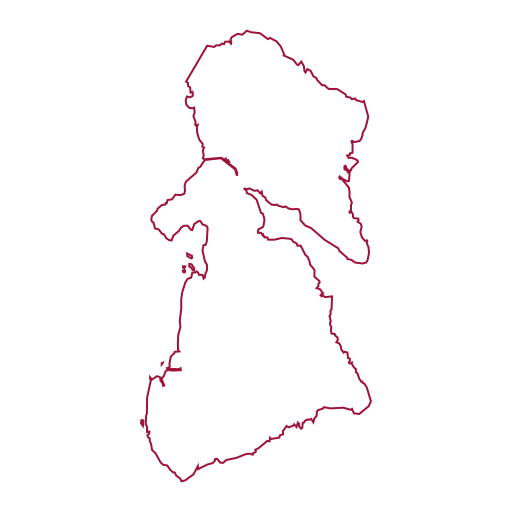 outline of Tol, Chuuk, Federated States of Micronesia
{"feature_id": "79324940B54997452530027", "entity_name": "Tol", "entity_type": "district", "adm_level": 2, "iso_a3": "FSM", "parent_name": "Federated States of Micronesia", "parent_adm1": "Chuuk", "projection": "natural_earth1", "projection_center": [151.62, 7.349], "detail": "fine", "context": "isolated", "style": "outline", "palette": "rose", "viewbox_px": 512, "rotation_deg": 0, "n_neighbors": 0, "source": "geoboundaries", "source_scale": "gbopen_adm2", "svg_char_len": 6080}
<svg xmlns="http://www.w3.org/2000/svg" viewBox="0 0 512 512"><path d="M186.1,81.6L188.0,83.1L188.1,86.0L190.1,87.4L190.6,92.6L192.5,91.9L192.9,94.8L192.4,96.1L189.9,97.3L187.0,96.5L185.8,100.0L185.9,102.4L186.6,105.1L189.4,107.9L192.8,108.3L194.1,107.6L194.7,112.4L193.4,116.3L195.7,122.1L195.2,124.8L195.8,125.5L197.7,124.8L196.9,127.3L197.1,132.4L199.3,139.7L202.7,143.9L202.4,146.8L204.1,147.6L202.9,150.2L203.7,156.0L202.8,158.2L204.5,159.3L221.3,157.8L224.3,159.6L225.7,158.5L226.1,160.7L228.1,160.0L229.1,161.8L228.2,161.8L228.6,163.5L235.5,168.5L237.2,172.8L237.0,175.8L235.1,169.3L220.9,158.2L204.8,160.0L200.1,167.0L198.3,167.9L196.5,172.5L185.9,181.6L184.6,185.8L185.0,191.1L184.3,193.7L180.7,195.1L175.3,194.7L172.1,199.3L167.5,200.1L166.7,203.3L165.9,203.1L165.1,204.7L162.0,204.9L157.5,208.8L157.0,210.8L152.0,215.8L151.3,219.3L151.7,221.3L153.6,222.8L155.0,228.4L158.6,229.3L162.1,233.8L164.0,234.3L166.4,238.3L169.1,240.1L171.6,240.5L173.4,235.6L179.0,230.8L180.8,227.8L183.9,225.8L187.6,225.7L191.0,229.9L192.2,230.0L194.3,224.0L198.8,221.0L200.6,221.2L202.4,224.4L206.4,225.8L207.6,227.9L206.8,241.3L205.6,244.9L203.5,245.2L202.5,250.3L204.9,261.3L206.9,264.6L207.0,270.0L205.2,274.4L204.9,277.4L203.6,278.6L202.6,274.9L199.0,274.9L198.2,272.7L196.6,271.4L195.2,272.5L192.3,272.6L191.2,277.6L187.8,278.8L185.4,282.2L182.2,292.4L181.2,299.7L181.3,308.6L179.8,320.2L180.4,327.0L178.3,334.8L177.9,342.6L178.0,349.6L179.3,351.4L174.8,351.8L174.3,353.2L170.8,356.6L169.4,364.0L169.8,366.5L168.5,367.8L169.1,368.7L172.3,368.9L179.1,369.2L180.5,368.3L180.8,370.2L171.6,370.6L168.7,369.9L165.8,370.9L163.7,376.2L161.5,378.8L164.3,385.5L163.2,385.9L162.3,382.7L160.5,380.8L160.2,377.4L159.5,376.9L156.9,376.2L151.6,379.8L150.7,381.0L147.1,397.6L146.9,413.5L146.2,415.2L145.7,424.5L147.1,426.6L147.0,431.9L149.4,431.6L149.2,433.6L147.4,435.1L148.0,437.1L149.7,438.3L149.8,440.9L151.1,444.1L152.0,449.8L155.6,453.4L160.7,462.5L163.2,464.8L167.3,465.5L170.1,469.7L173.2,472.4L174.8,472.5L176.2,475.6L180.2,478.5L181.5,481.3L185.2,480.4L193.5,474.3L197.9,466.1L198.1,469.1L207.4,464.5L212.7,463.1L215.0,460.6L214.8,459.4L216.0,458.8L217.2,458.9L220.3,462.7L223.3,462.8L226.2,460.0L235.9,458.0L246.2,454.0L250.0,453.7L252.7,454.7L253.2,453.0L255.5,452.2L255.9,451.2L255.3,449.8L259.0,447.9L267.2,440.9L269.6,441.3L270.0,437.9L270.9,439.0L279.3,437.6L279.8,435.4L283.0,434.3L282.9,431.1L286.6,426.0L288.4,427.3L293.1,425.8L294.2,424.3L296.5,427.0L297.9,422.6L299.1,424.0L299.1,426.3L301.1,428.7L302.3,427.7L302.7,422.8L304.1,422.5L304.9,420.8L307.7,419.4L308.9,419.9L311.1,418.9L313.3,422.3L314.4,418.3L316.6,415.9L316.9,411.7L318.1,410.1L322.7,408.7L323.9,407.2L330.4,408.4L343.3,407.7L350.8,409.8L352.0,408.9L353.9,413.3L359.2,414.0L368.8,406.1L370.9,401.2L366.8,387.5L364.5,383.8L362.7,382.9L362.4,381.6L361.2,381.7L359.3,378.7L357.4,373.2L356.0,372.3L355.8,368.9L354.1,367.6L351.6,363.5L351.8,362.6L349.5,363.5L348.9,362.3L349.9,360.3L349.8,358.5L348.0,358.0L347.4,352.5L344.3,351.7L343.7,352.6L341.3,349.6L340.7,346.0L339.2,343.4L336.4,342.3L337.9,339.7L337.5,337.5L335.1,335.5L334.8,334.0L331.6,333.6L330.8,330.2L331.4,327.2L330.2,325.0L330.0,322.7L330.8,321.4L329.5,315.9L330.6,314.5L330.5,310.6L331.6,309.1L332.0,296.4L325.3,297.1L323.4,296.0L321.8,296.2L322.4,294.7L321.2,295.6L320.6,295.1L322.8,293.1L320.2,289.4L316.6,288.1L318.4,286.1L318.4,283.8L319.7,282.4L319.2,280.8L314.4,276.7L314.5,269.8L309.9,264.3L309.7,261.8L307.6,256.8L305.5,255.1L300.6,245.6L297.4,245.7L296.9,243.7L292.8,241.4L292.0,239.6L289.6,238.7L281.6,238.0L274.6,239.7L268.1,239.7L267.4,237.4L264.5,237.4L263.9,235.9L262.9,235.8L262.9,234.1L261.9,234.2L261.1,232.8L258.0,232.8L258.2,229.5L262.8,227.1L263.5,225.8L264.5,219.4L262.8,213.6L261.0,212.9L256.7,199.9L251.7,195.0L246.9,193.1L246.4,190.5L243.7,188.4L247.2,189.2L249.2,188.4L254.5,190.8L257.7,190.4L260.2,193.3L261.7,191.6L262.5,195.8L265.4,197.6L266.0,200.0L271.3,204.5L275.4,205.1L276.8,204.5L278.8,205.9L283.7,207.2L285.4,206.4L288.6,208.5L292.3,209.3L297.3,208.9L299.0,209.5L300.5,214.6L300.5,220.2L305.2,225.5L311.0,228.0L324.6,239.8L338.2,248.3L339.6,251.2L346.9,257.4L347.5,259.1L351.3,259.8L355.0,262.5L362.7,263.5L366.2,262.5L367.4,260.7L369.0,253.3L368.6,247.6L366.7,242.9L367.4,241.2L366.8,240.3L365.1,240.9L362.1,237.7L360.3,232.0L361.7,226.6L360.7,223.7L357.6,221.7L358.6,220.3L358.3,218.6L353.9,218.2L352.9,216.7L353.0,214.6L351.8,212.3L349.6,212.6L349.5,211.5L351.0,210.6L351.0,204.8L351.9,202.8L349.4,196.6L349.6,191.8L348.8,187.5L342.0,179.2L340.1,179.0L339.2,177.5L339.7,176.5L342.8,179.1L347.6,181.4L349.0,180.8L349.7,172.3L347.8,172.4L347.6,170.7L344.5,169.3L344.4,166.4L345.2,165.7L345.9,166.2L346.6,168.6L349.9,171.2L351.1,170.2L351.2,168.7L358.0,162.0L357.5,160.4L354.9,159.0L351.9,157.8L348.5,157.9L347.2,155.5L349.7,155.1L349.9,153.4L352.5,152.9L352.6,144.7L351.5,141.2L352.5,140.9L353.8,142.1L359.4,141.1L361.0,139.2L362.5,135.4L362.6,133.0L365.6,127.6L368.3,116.7L363.9,101.0L362.4,102.0L356.1,100.1L355.2,98.5L351.8,99.2L350.5,97.6L346.2,96.7L345.6,94.4L337.3,89.1L328.5,88.9L324.5,85.2L322.2,85.3L316.8,79.6L316.6,78.1L313.5,76.5L310.6,70.8L307.4,69.1L305.5,72.5L304.5,71.1L303.8,66.0L301.3,61.6L298.3,65.1L297.0,64.6L293.2,59.7L284.0,55.6L284.5,55.2L280.8,46.5L276.6,41.4L270.0,37.9L267.9,39.1L259.9,33.2L251.0,32.2L246.8,30.7L242.3,34.7L237.7,33.8L231.7,37.2L230.5,39.8L231.3,42.0L231.0,43.6L228.9,41.5L225.0,41.8L224.0,44.1L221.7,43.6L220.0,45.3L216.1,45.3L214.3,46.9L207.1,45.8L186.1,81.6ZM191.6,264.4L189.4,263.8L189.2,266.4L191.1,267.5L192.6,269.9L194.0,270.3L194.2,268.2L191.6,264.4ZM191.1,258.4L192.1,258.0L191.9,255.8L187.1,253.5L187.3,256.1L191.1,258.4ZM142.9,425.9L143.4,420.6L142.1,419.9L141.2,420.7L141.1,423.4L142.9,425.9ZM185.2,266.4L183.0,266.3L183.0,267.7L184.5,268.1L185.2,266.4ZM182.8,270.7L183.4,272.3L184.7,272.4L185.2,270.7L184.4,270.0L182.8,270.7ZM150.9,379.5L151.2,378.7L150.1,377.3L150.1,379.1L150.9,379.5ZM161.7,364.5L162.4,363.7L162.8,362.7L161.7,363.2L161.7,364.5ZM167.6,369.4L168.1,368.6L167.9,367.9L166.9,368.2L167.6,369.4Z" fill="none" stroke="#9f1239" stroke-width="2"/></svg>